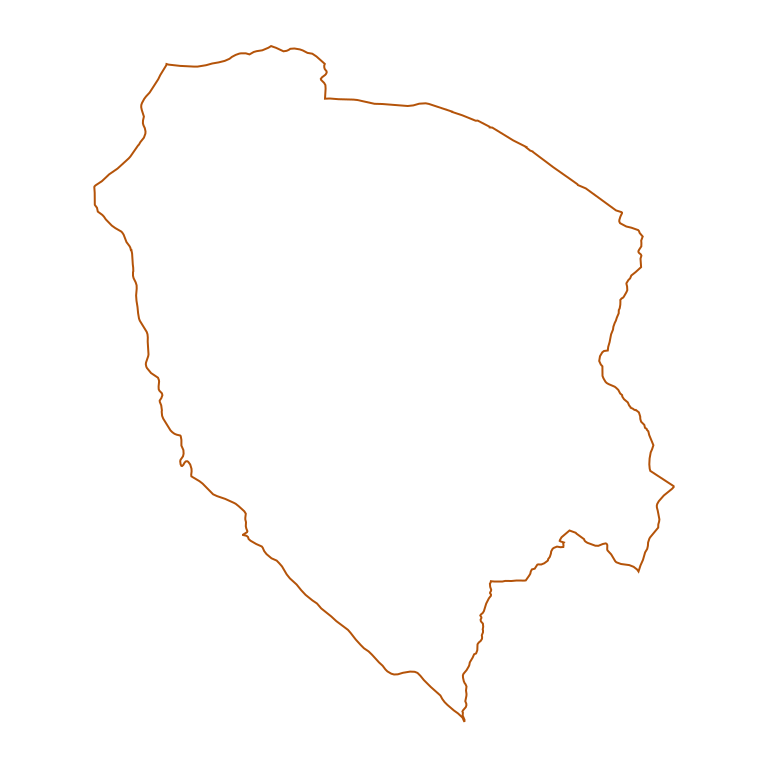 the district of Adunati, Prahova, Romania
{"feature_id": "2599482B72969969985711", "entity_name": "Adunati", "entity_type": "district", "adm_level": 2, "iso_a3": "ROU", "parent_name": "Romania", "parent_adm1": "Prahova", "projection": "equal_earth", "projection_center": [25.597, 45.18], "detail": "fine", "context": "isolated", "style": "outline", "palette": "amber", "viewbox_px": 768, "rotation_deg": 0, "n_neighbors": 0, "source": "geoboundaries", "source_scale": "gbopen_adm2", "svg_char_len": 6062}
<svg xmlns="http://www.w3.org/2000/svg" viewBox="0 0 768 768"><path d="M464.4,721.9L464.5,719.8L462.8,715.8L462.7,715.1L462.9,712.6L462.4,711.6L462.9,710.5L465.8,707.1L466.4,705.2L466.3,703.7L465.3,701.2L466.4,695.9L466.5,694.0L466.0,690.5L466.5,686.5L465.5,684.2L464.7,683.2L463.8,681.2L463.0,677.6L462.9,675.3L463.5,673.8L466.6,670.1L468.8,666.3L469.3,665.1L469.8,662.4L472.7,657.5L474.1,654.3L476.1,653.4L477.3,650.2L477.5,644.5L477.8,643.8L478.9,642.4L480.7,640.9L482.0,638.8L482.1,637.0L481.8,635.3L483.0,632.3L483.0,630.2L482.7,629.6L483.2,626.8L482.9,623.6L481.1,621.6L480.8,621.0L480.6,619.6L481.3,618.3L481.4,617.3L480.3,615.5L480.8,614.6L482.8,612.9L483.9,611.1L486.2,603.6L488.9,598.3L490.9,595.8L491.0,594.6L490.0,593.0L490.2,592.3L491.0,590.9L491.2,589.8L490.2,586.9L489.9,583.7L490.7,582.4L490.9,581.2L494.0,581.5L502.5,581.5L505.3,580.9L511.5,581.0L516.7,580.5L524.3,580.6L525.8,580.4L529.3,575.4L530.3,573.7L530.8,571.4L531.9,569.4L534.7,568.7L537.3,564.7L538.1,564.4L541.2,564.5L544.2,563.3L547.6,560.8L548.0,560.2L548.1,559.2L549.8,556.9L550.9,553.6L551.2,551.4L552.7,548.7L554.0,547.8L557.0,546.6L560.4,547.2L563.3,547.0L563.5,545.4L563.2,543.4L563.9,542.5L560.5,541.4L559.7,540.9L559.9,540.1L561.5,537.3L569.5,530.5L575.8,532.8L576.3,533.5L584.1,539.2L584.5,540.5L585.4,541.5L587.4,542.8L595.3,545.7L598.4,545.8L602.8,544.0L605.7,543.4L606.6,543.8L607.3,545.1L607.2,549.4L607.5,550.4L611.2,554.4L615.3,561.3L616.4,562.3L621.0,564.0L629.3,565.1L633.6,566.8L637.1,569.5L638.5,571.5L640.5,565.4L643.0,559.8L645.1,552.4L647.2,548.9L647.9,545.8L648.1,542.5L649.3,538.8L650.0,537.5L658.2,527.6L658.3,524.4L659.1,521.6L659.4,519.4L657.7,510.5L656.9,507.5L656.8,505.7L657.2,504.0L658.8,501.2L663.8,495.5L672.3,488.6L673.7,487.0L673.6,486.1L650.3,470.9L649.7,468.7L649.3,464.3L649.6,458.5L650.7,452.4L652.1,449.2L653.4,445.2L649.2,435.0L648.3,431.3L646.9,429.8L646.6,428.8L645.0,427.8L644.3,424.9L641.1,421.7L640.3,418.9L640.2,416.5L638.9,412.4L635.9,410.0L635.6,410.2L634.3,409.8L632.7,408.6L630.6,407.7L630.3,406.7L629.2,405.6L627.8,402.4L624.0,399.2L622.3,396.6L622.1,395.1L620.2,393.5L618.3,389.9L616.1,387.8L614.7,386.7L608.6,384.1L606.7,383.0L605.5,381.8L603.5,378.4L602.5,375.9L602.4,366.3L600.8,364.5L599.2,361.0L600.0,356.2L602.3,352.3L604.0,351.0L607.8,350.5L608.2,346.9L609.6,342.1L611.1,334.3L613.0,329.6L613.4,326.7L614.7,323.0L615.9,320.6L616.8,317.7L618.7,313.3L618.8,310.1L619.7,308.3L620.3,304.7L620.4,301.5L620.3,300.0L621.7,298.3L622.5,298.1L623.7,296.9L626.3,292.4L627.3,290.2L627.1,286.5L626.4,283.7L626.5,283.1L628.5,279.9L630.1,278.4L631.3,275.5L635.6,272.1L641.1,267.1L640.5,258.7L641.4,255.7L640.9,254.5L638.9,252.8L638.5,252.1L638.4,251.2L639.0,249.9L641.3,246.4L641.4,243.1L641.2,240.6L642.7,236.5L639.7,233.0L639.0,231.1L638.2,230.1L631.4,227.7L626.3,226.5L620.1,223.2L619.3,221.6L619.3,220.1L620.4,216.6L622.0,213.2L622.0,212.6L621.4,212.1L616.0,210.4L585.8,188.4L577.8,185.0L577.5,184.3L572.2,180.5L553.1,167.1L533.0,152.0L532.7,151.5L530.2,150.6L526.0,147.3L526.3,147.0L513.2,140.4L492.3,127.6L489.6,127.4L489.5,126.7L477.7,120.6L475.6,120.7L462.3,115.3L452.0,111.9L452.1,111.6L428.8,103.9L425.7,103.3L419.2,103.7L413.3,105.4L407.7,106.0L382.2,104.0L374.5,103.8L357.3,100.0L353.4,99.6L338.4,99.2L329.8,98.5L325.0,98.7L325.6,88.7L325.4,85.1L324.2,83.0L321.1,79.9L320.8,78.9L322.0,77.3L325.2,74.9L325.9,74.1L326.6,72.7L326.7,72.2L326.5,71.2L324.8,69.1L324.3,67.6L324.2,65.7L324.8,63.9L316.5,56.5L312.3,53.7L307.5,52.9L302.7,50.4L299.8,49.4L294.4,48.5L290.3,48.8L288.7,49.9L286.7,50.8L283.5,51.3L276.0,47.8L271.0,46.1L268.5,47.7L262.3,50.3L256.5,51.2L253.7,52.0L249.5,54.4L245.7,53.3L241.2,53.3L239.3,53.6L235.7,54.9L231.9,56.9L229.5,58.8L224.7,60.9L218.6,62.4L212.2,63.5L206.1,65.2L197.5,66.6L194.1,66.6L180.2,65.9L168.5,64.6L166.5,64.0L166.3,65.2L160.3,75.0L158.2,79.3L149.6,92.6L146.0,96.5L144.2,98.9L142.0,103.0L141.3,105.0L141.2,107.2L141.8,110.0L143.9,116.6L143.0,120.5L142.9,123.3L143.5,125.4L144.8,128.1L145.5,131.4L145.4,133.6L143.9,137.7L140.3,142.2L138.9,144.7L138.1,145.4L130.4,156.5L128.8,158.3L117.5,168.6L109.2,174.3L102.0,181.1L95.5,185.4L94.6,186.3L94.3,187.0L94.7,192.8L94.8,204.6L94.9,205.0L97.0,207.8L97.8,211.6L102.3,214.9L103.9,216.6L105.8,219.4L111.8,225.6L115.3,228.1L121.2,231.5L122.2,232.5L123.6,234.6L126.5,242.1L129.5,246.1L130.3,247.6L130.9,250.1L131.4,250.0L132.1,253.6L132.8,264.5L133.2,267.8L133.3,271.3L133.0,272.0L133.0,275.8L133.6,278.2L135.7,282.4L136.6,285.3L136.7,288.6L136.1,295.5L136.5,300.8L137.5,307.0L138.1,313.2L139.0,318.5L139.8,320.7L146.7,331.9L147.5,334.3L147.8,337.5L147.7,341.6L148.5,354.4L148.2,356.2L146.0,362.6L145.8,364.2L146.3,366.7L147.0,368.1L151.1,373.1L158.0,377.7L158.9,380.1L159.1,381.6L158.6,386.4L158.7,389.2L159.4,390.7L161.9,393.3L162.4,395.2L161.3,398.2L159.7,400.5L159.8,401.9L161.2,405.3L161.9,410.3L161.7,411.8L162.1,415.8L163.2,418.6L170.5,430.4L172.3,432.2L174.5,433.8L176.7,434.7L180.2,435.5L180.7,436.1L181.4,439.8L181.4,445.6L183.4,450.1L183.6,453.7L183.0,456.3L180.5,459.9L180.2,461.2L180.6,464.3L181.4,465.9L182.1,466.0L183.3,464.9L184.6,462.6L185.8,461.4L187.1,461.2L188.2,461.8L190.2,464.5L191.5,468.8L191.6,471.5L191.2,474.7L191.4,476.4L199.5,481.2L202.6,483.6L213.1,494.3L217.0,496.1L225.2,498.9L234.0,502.9L235.7,503.8L238.7,506.2L244.3,511.3L245.8,513.7L245.3,517.8L245.3,519.4L246.0,522.2L245.8,526.2L246.3,528.5L247.4,531.2L247.0,532.2L243.0,534.7L243.0,535.0L246.5,535.8L248.0,537.0L248.6,539.0L250.5,540.7L256.2,544.0L261.8,546.5L262.7,547.7L264.2,551.1L266.5,554.1L271.5,558.3L276.7,560.6L279.2,563.2L282.0,566.4L286.7,574.4L289.9,578.4L296.6,584.5L301.2,590.2L305.6,594.9L312.4,600.4L317.0,603.5L321.2,608.4L331.2,616.4L336.3,621.1L348.0,629.9L350.6,632.9L355.8,639.6L360.9,645.2L364.0,648.3L368.6,651.4L371.9,654.6L379.0,662.4L382.6,665.7L385.4,669.4L387.4,671.4L391.3,673.7L394.1,674.5L397.9,674.3L402.9,672.8L410.1,671.6L414.7,671.8L417.5,672.9L420.4,675.8L423.9,680.1L430.7,686.9L440.4,695.5L442.3,699.0L444.6,702.1L447.4,704.9L453.8,710.4L458.0,713.4L462.5,717.6L464.4,721.9Z" fill="none" stroke="#b45309" stroke-width="2"/></svg>